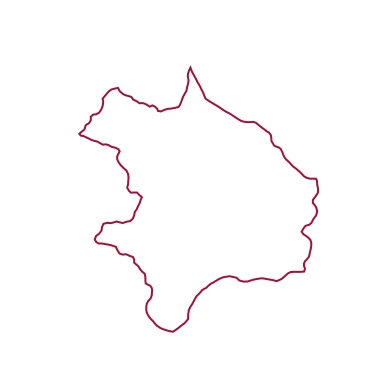 the district of Curral de Dentro, Minas Gerais, Brazil, rotated 234°
{"feature_id": "56859067B33265035190159", "entity_name": "Curral de Dentro", "entity_type": "district", "adm_level": 2, "iso_a3": "BRA", "parent_name": "Brazil", "parent_adm1": "Minas Gerais", "projection": "robinson", "projection_center": [-41.753, -15.857], "detail": "fine", "context": "isolated", "style": "outline", "palette": "rose", "viewbox_px": 384, "rotation_deg": 234, "n_neighbors": 0, "source": "geoboundaries", "source_scale": "gbopen_adm2", "svg_char_len": 3651}
<svg xmlns="http://www.w3.org/2000/svg" viewBox="0 0 384 384"><g transform="rotate(234 192 192)"><path d="M233.6,142.1L229.6,141.7L227.3,142.3L225.5,145.0L223.9,147.2L220.5,147.6L217.2,148.4L215.7,145.6L214.0,143.6L212.5,140.5L210.4,136.9L209.5,134.0L207.3,131.7L205.2,128.5L204.8,124.9L206.3,121.9L207.6,117.8L210.2,115.4L212.5,113.6L213.5,110.5L214.7,107.7L216.8,105.5L218.3,101.6L216.5,98.6L214.0,96.2L212.9,92.5L212.8,88.5L210.6,85.3L207.5,85.2L205.2,86.2L203.6,88.5L201.6,90.5L199.4,92.6L197.5,94.4L194.8,96.5L192.2,98.2L189.2,97.5L184.8,97.2L182.1,99.1L180.3,102.2L176.6,104.2L174.3,106.0L171.5,105.6L168.9,103.7L166.1,104.3L163.2,104.9L160.1,104.6L156.8,104.9L153.6,105.7L150.6,104.3L147.5,102.1L145.2,100.8L142.9,101.9L140.8,103.1L138.3,103.1L136.0,102.1L134.2,100.5L131.9,98.5L130.0,95.5L129.4,92.1L128.0,89.5L126.3,87.8L123.9,85.9L121.2,84.6L118.8,84.1L116.3,83.9L113.5,84.0L110.4,84.6L107.9,84.6L104.2,85.1L101.0,86.3L98.7,87.5L96.1,89.3L93.0,91.7L90.1,94.5L90.0,97.8L90.0,101.4L90.2,104.5L90.3,109.3L91.5,114.1L95.1,116.9L98.4,120.1L100.1,123.3L101.2,126.3L102.9,129.7L104.0,131.9L105.1,134.6L105.6,138.3L106.7,142.8L106.1,147.2L106.6,150.8L106.7,153.6L106.3,156.1L106.0,159.2L105.8,162.0L105.3,164.8L104.5,167.6L103.4,169.8L101.9,172.7L99.2,175.3L96.3,177.7L92.8,178.2L89.2,181.0L86.8,184.6L85.6,188.4L84.4,191.5L82.9,194.6L81.3,197.5L79.6,199.5L77.4,201.5L75.0,203.9L72.5,206.2L70.2,208.0L69.5,210.7L69.0,213.6L69.2,216.8L69.8,221.4L69.3,224.7L68.0,226.8L66.0,229.6L63.7,232.7L61.7,236.0L63.6,238.4L66.2,239.1L68.3,240.5L69.5,242.6L70.0,245.3L70.7,248.1L72.3,250.3L74.3,252.4L76.3,254.8L78.4,256.9L80.9,258.7L83.6,259.6L87.0,259.2L89.6,258.4L92.2,257.3L95.4,257.3L97.0,260.8L97.9,264.0L96.6,267.6L96.8,270.6L98.3,273.3L99.3,275.9L100.0,278.4L102.4,281.7L106.1,283.3L109.0,283.6L112.0,283.3L114.5,285.1L115.5,288.3L116.4,290.9L117.4,293.4L119.3,295.1L121.3,296.3L124.2,297.5L127.4,299.6L129.8,300.1L131.5,298.0L133.6,295.1L135.9,293.2L138.7,291.9L144.3,291.1L147.1,290.5L149.9,289.9L152.5,289.0L154.8,288.5L157.6,288.3L160.6,287.8L163.0,287.3L165.3,287.2L167.5,287.5L170.9,288.4L174.5,289.1L176.7,288.6L178.6,287.2L181.4,285.7L184.0,286.0L186.4,286.2L188.4,287.5L191.5,289.2L194.8,289.2L197.2,288.1L199.6,287.5L201.9,286.7L204.3,286.0L207.0,285.3L210.4,284.4L212.9,282.6L214.5,279.9L216.4,277.3L218.8,274.9L221.2,273.3L224.3,272.0L227.7,270.7L231.3,269.4L234.3,268.1L236.6,266.9L239.4,265.7L241.6,264.9L243.8,264.1L246.0,263.3L249.1,262.0L253.2,260.2L256.2,259.0L259.7,257.8L263.0,258.6L265.7,259.4L269.5,259.9L272.5,260.5L274.9,260.8L278.1,261.1L281.4,261.7L283.9,262.0L286.3,262.3L289.5,262.7L293.5,263.8L291.9,260.8L289.8,258.0L287.4,256.2L284.6,255.0L282.5,253.1L279.9,250.0L277.1,246.9L275.8,244.0L274.3,240.8L271.8,237.0L269.8,233.9L268.7,231.2L270.1,227.5L271.8,224.1L273.3,221.6L274.6,218.3L275.5,214.1L277.7,212.1L279.9,212.8L282.8,212.2L285.4,210.8L285.9,207.9L288.2,207.1L290.8,205.9L293.0,204.3L294.7,201.6L297.7,200.7L301.4,198.7L304.6,198.8L307.7,196.4L309.6,194.9L312.0,193.6L316.2,192.8L319.7,193.3L321.0,190.4L322.3,187.1L322.3,184.0L321.7,181.1L321.0,178.3L320.0,174.5L317.2,173.2L314.9,171.1L313.2,169.0L311.9,166.6L310.8,163.4L311.2,160.2L312.7,157.5L312.4,154.3L309.6,152.4L308.2,149.2L308.5,145.3L305.8,141.7L305.6,137.6L305.3,135.0L303.0,135.2L300.9,137.2L297.9,138.8L295.6,140.1L292.9,141.4L290.4,143.4L288.2,145.2L285.8,146.2L282.7,147.7L281.1,150.4L279.1,152.0L276.1,153.3L272.9,156.0L269.9,157.6L267.3,157.3L266.0,154.5L264.6,152.2L262.7,150.9L259.5,150.1L255.2,150.1L251.6,150.7L248.0,151.5L244.5,151.0L240.9,149.1L238.5,147.0L236.0,145.0L233.6,142.1Z" fill="none" stroke="#9f1239" stroke-width="2"/></g></svg>